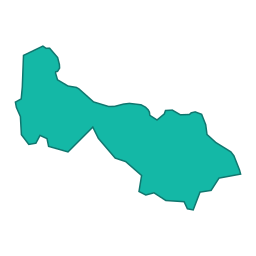 Westmoreland, Virginia, United States of America (Mercator projection)
{"feature_id": "52423323B55573357858971", "entity_name": "Westmoreland", "entity_type": "district", "adm_level": 2, "iso_a3": "USA", "parent_name": "United States of America", "parent_adm1": "Virginia", "projection": "mercator", "projection_center": [-76.807, 38.122], "detail": "fine", "context": "isolated", "style": "filled", "palette": "teal", "viewbox_px": 256, "rotation_deg": 0, "n_neighbors": 0, "source": "geoboundaries", "source_scale": "gbopen_adm2", "svg_char_len": 927}
<svg xmlns="http://www.w3.org/2000/svg" viewBox="0 0 256 256"><path d="M193.2,209.9L200.0,192.1L211.1,190.4L219.0,178.1L240.6,174.1L239.5,170.0L233.9,155.8L230.9,151.9L215.8,142.5L207.0,134.5L205.7,124.7L201.6,114.3L195.2,111.9L191.2,112.8L189.4,114.5L180.4,114.8L172.3,110.1L165.5,110.5L164.3,113.9L157.0,120.0L149.9,115.4L149.8,115.0L149.4,112.1L148.2,109.9L145.5,107.2L141.1,104.8L138.8,104.5L129.4,103.4L123.4,104.1L114.6,106.4L108.6,106.5L93.5,101.9L78.8,88.8L76.3,87.4L67.9,86.0L57.5,79.8L55.5,72.9L55.8,71.7L57.5,71.4L59.6,68.1L59.4,64.5L57.6,57.5L49.6,48.2L46.0,48.3L42.9,46.1L23.5,55.4L22.3,87.1L21.2,98.9L15.4,102.1L16.4,107.4L20.4,116.5L21.4,134.7L28.8,144.4L35.9,143.2L40.0,135.4L47.0,138.6L48.6,146.4L68.0,151.9L92.8,127.1L98.4,138.4L115.2,158.1L125.7,161.6L141.6,175.5L139.0,191.5L145.8,195.0L154.0,192.8L165.8,200.5L184.1,201.7L187.4,208.8L193.2,209.9Z" fill="#14b8a6" stroke="#0f766e" stroke-width="1.5"/></svg>